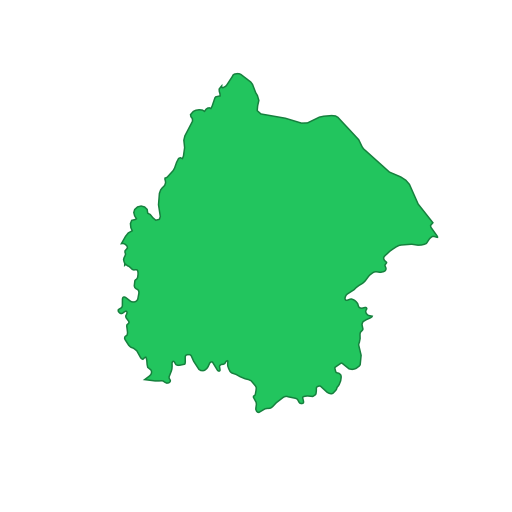 SVG path tracing the border of Volyn, rotated 51°
{"feature_id": "UKR-318", "entity_name": "Volyn", "entity_type": "Region", "adm_level": 1, "iso_a3": "UKR", "parent_name": "Ukraine", "parent_adm1": "", "projection": "albers", "projection_center": [25.131, 51.122], "detail": "fine", "context": "isolated", "style": "filled", "palette": "green", "viewbox_px": 512, "rotation_deg": 51, "n_neighbors": 0, "source": "natural_earth", "source_scale": "10m", "svg_char_len": 6163}
<svg xmlns="http://www.w3.org/2000/svg" viewBox="0 0 512 512"><g transform="rotate(51 256 256)"><path d="M296.9,91.7L317.6,97.3L341.5,97.6L342.1,101.1L343.6,102.0L354.7,102.7L355.4,102.9L355.7,103.2L355.2,103.7L353.0,105.2L352.1,106.2L351.8,106.9L351.7,107.9L351.7,109.3L351.9,110.7L353.3,115.1L353.4,115.9L352.8,117.9L351.6,120.4L350.0,122.7L349.1,123.7L344.8,127.6L338.8,136.3L337.8,138.2L337.1,141.4L336.7,145.5L336.5,149.0L336.8,152.8L336.9,155.4L337.2,156.8L337.4,157.4L337.8,158.0L338.9,158.7L340.5,158.9L343.1,158.5L343.5,158.9L344.0,161.0L344.3,161.6L344.9,161.9L347.1,162.6L347.6,162.9L348.1,163.4L348.7,164.6L348.7,165.5L348.4,166.8L347.4,168.8L346.8,169.8L344.6,171.8L343.7,172.7L343.0,173.9L342.7,174.7L342.5,175.8L342.4,178.9L342.4,179.9L342.7,181.5L344.1,187.0L344.3,189.3L344.2,191.0L343.7,194.4L343.6,197.0L343.6,198.6L343.9,200.9L343.0,209.1L343.2,210.8L344.1,212.5L344.9,213.5L345.4,213.8L346.6,214.1L347.1,213.8L347.6,213.3L347.9,212.7L348.6,210.5L349.2,209.3L349.6,208.8L351.3,207.8L352.5,207.3L354.0,207.0L355.6,206.9L357.1,207.0L359.8,208.1L361.1,208.1L362.3,207.5L363.2,206.6L364.7,203.5L365.2,203.0L365.8,202.8L366.4,202.9L366.8,203.2L367.3,204.5L368.0,205.6L369.2,206.2L370.0,206.4L371.7,206.4L373.0,206.0L375.9,203.6L376.2,204.2L376.1,205.9L374.9,210.3L374.6,212.5L374.4,214.0L374.6,214.6L375.2,215.8L376.0,216.8L380.1,218.9L380.6,219.8L381.0,222.7L381.3,223.3L382.1,224.3L385.7,227.1L388.2,230.1L388.8,231.2L389.7,232.2L399.3,236.8L405.7,243.1L406.1,243.6L406.5,245.0L406.4,247.9L406.3,249.1L405.8,250.5L404.7,252.6L402.3,254.7L393.5,256.6L392.9,257.0L392.7,258.2L392.3,263.8L392.3,264.8L392.7,265.3L396.4,267.0L397.6,266.7L399.3,265.4L400.5,265.1L401.9,265.0L403.1,265.6L404.1,266.4L406.3,268.8L408.2,272.2L408.7,273.5L409.1,275.7L410.2,277.3L410.6,278.6L411.1,282.4L410.9,283.3L410.4,284.3L408.7,285.6L406.7,286.5L397.8,287.8L397.1,288.3L396.6,289.1L396.1,290.6L396.2,291.4L396.5,292.1L398.9,294.1L400.7,296.0L401.0,296.5L401.2,297.2L401.1,298.0L401.0,299.6L400.8,300.4L397.1,304.1L395.6,306.6L395.1,307.9L395.3,308.7L395.8,309.1L398.8,310.5L399.6,311.1L399.9,311.5L400.0,312.0L399.9,312.5L399.2,313.7L398.0,314.5L396.9,314.6L393.7,314.0L392.4,314.3L391.4,314.9L385.8,319.5L384.6,320.3L384.0,321.0L383.3,322.4L383.0,323.9L382.8,332.4L383.5,337.7L383.5,339.2L383.4,340.0L383.2,340.7L382.3,342.2L381.5,343.2L380.7,344.7L380.4,345.4L379.4,352.1L378.9,352.7L378.2,353.1L376.9,353.2L375.2,352.7L374.2,351.9L371.6,349.1L369.9,348.0L364.2,346.9L363.7,346.5L363.4,346.1L363.5,344.8L363.4,344.2L363.1,343.6L360.6,340.7L358.7,338.8L358.1,338.5L356.5,338.2L349.9,338.3L347.3,339.6L344.6,341.7L339.8,344.3L335.5,346.0L331.7,348.4L330.5,348.7L329.4,348.8L326.3,348.1L323.6,347.1L322.1,346.0L320.2,344.2L319.8,344.0L319.3,344.2L319.1,345.2L319.2,345.9L319.9,347.9L319.8,348.7L319.5,349.7L318.5,351.1L318.3,352.5L318.4,353.3L318.9,353.9L321.8,355.6L322.3,356.1L322.4,356.7L322.1,357.3L321.1,357.8L320.2,357.8L311.2,356.6L310.5,356.9L310.1,357.6L310.0,358.8L310.2,359.6L311.7,362.6L312.2,363.9L312.5,365.3L312.5,366.9L312.5,367.8L312.1,368.8L311.5,369.7L310.2,371.0L308.2,371.7L298.6,370.7L292.7,369.1L291.4,369.3L290.7,369.9L289.4,371.6L289.1,372.4L289.1,373.1L289.5,374.1L290.1,374.7L293.8,377.6L295.0,378.9L295.2,379.5L293.1,383.6L292.2,385.0L291.3,385.9L290.1,386.5L289.3,386.5L287.0,386.1L286.3,386.2L285.8,386.5L285.6,387.1L285.9,388.0L286.3,388.6L288.9,390.6L290.8,392.4L292.0,394.0L295.2,399.6L296.3,400.4L298.5,400.8L299.1,401.1L299.5,401.7L299.7,402.3L299.7,403.2L299.4,404.2L298.6,405.4L296.9,406.2L294.6,406.9L293.6,407.8L292.1,409.9L289.5,413.1L282.0,420.3L282.2,414.6L282.0,412.4L281.3,411.1L280.7,410.4L279.5,409.6L278.3,409.4L274.4,410.2L271.8,408.9L268.3,406.5L266.5,405.6L265.3,405.3L265.0,405.8L264.9,406.5L265.1,408.9L264.3,409.4L262.7,409.7L254.7,408.3L251.8,408.9L250.5,409.3L248.3,410.6L247.0,410.9L245.2,411.1L238.9,410.4L237.6,410.1L236.6,409.2L236.3,408.6L236.2,407.9L236.4,406.3L235.8,405.2L234.5,403.9L229.2,400.6L228.3,399.7L228.1,397.4L227.7,396.5L227.0,396.1L226.2,396.0L222.2,395.8L221.3,395.4L220.6,394.9L219.6,392.8L218.8,391.8L218.1,391.5L217.4,391.5L216.9,391.9L216.7,392.6L216.6,393.3L216.5,395.7L216.0,396.9L215.3,397.5L214.4,397.8L212.6,397.9L211.8,397.5L211.2,397.0L211.1,396.3L211.5,393.3L211.2,392.0L210.6,391.2L205.3,386.8L204.6,385.8L204.5,385.1L204.7,384.5L205.1,384.0L206.2,383.4L212.5,381.9L213.6,381.2L214.5,380.3L215.3,379.2L215.7,377.8L215.7,377.0L215.4,375.6L214.7,374.5L211.0,370.2L209.8,369.4L208.4,369.0L207.7,369.1L205.6,369.9L204.2,370.0L202.6,369.4L199.0,365.7L198.8,365.1L198.7,364.4L198.9,363.7L198.7,362.7L198.1,361.4L195.8,359.0L194.3,357.9L193.2,357.3L192.1,357.2L191.6,357.4L190.8,358.3L190.1,359.5L189.6,360.0L188.5,360.6L185.5,361.0L184.0,361.3L182.8,362.0L180.6,362.4L180.6,363.9L179.2,362.7L176.9,361.9L175.4,361.1L174.3,359.6L173.5,357.8L172.5,356.2L170.7,355.5L169.6,354.6L168.9,350.9L167.3,350.0L165.6,350.1L164.0,350.5L162.6,351.4L161.7,352.8L158.6,345.0L157.7,340.8L158.5,336.3L155.2,335.4L151.8,333.2L150.1,330.2L151.7,326.7L151.8,325.5L148.3,325.0L145.3,323.6L143.5,321.0L143.3,317.2L144.9,313.8L147.8,311.7L151.3,311.3L154.6,313.2L157.2,312.1L161.3,312.1L165.1,311.4L166.7,308.0L165.1,305.5L154.8,299.5L146.5,291.6L144.6,288.4L144.0,285.8L143.9,284.0L143.6,282.4L142.2,280.2L140.7,279.2L139.1,278.5L138.2,277.7L138.8,276.1L138.8,274.9L137.5,266.6L136.4,263.9L133.2,258.7L131.5,254.8L132.0,253.0L134.0,251.9L132.7,249.5L126.9,243.3L120.6,239.2L117.9,235.7L111.3,220.5L109.2,219.0L106.8,218.9L104.9,217.9L104.2,213.7L104.9,211.0L106.6,208.1L108.9,205.8L111.2,205.0L110.5,202.3L110.7,200.3L111.6,198.9L113.0,198.3L112.0,195.9L107.2,188.3L107.0,187.1L109.0,183.1L107.3,181.9L105.1,181.0L103.1,179.6L102.4,176.8L102.2,175.6L103.3,176.5L104.4,175.9L105.0,172.9L104.7,171.0L101.6,161.4L100.9,159.8L101.1,158.2L102.6,155.6L103.9,154.3L105.4,153.5L117.5,150.6L120.4,150.7L129.0,153.5L132.1,153.9L136.9,155.9L140.3,160.2L143.8,163.6L148.7,162.8L167.4,146.5L181.4,137.0L185.0,132.2L188.0,119.3L190.0,115.4L194.5,108.8L197.2,106.1L199.8,105.1L230.3,103.0L237.8,104.8L240.4,105.0L274.8,99.5L285.8,93.7L291.4,91.9L296.9,91.7Z" fill="#22c55e" stroke="#15803d" stroke-width="1.5"/></g></svg>